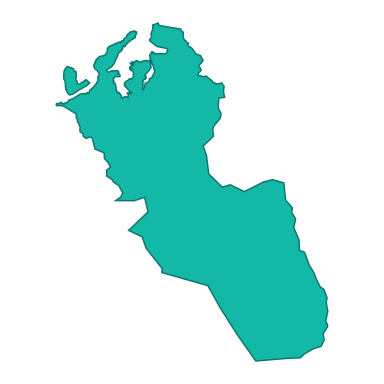 Nordreisa nor, Troms, Norway (orthographic projection)
{"feature_id": "86288312B71509568732439", "entity_name": "Nordreisa nor", "entity_type": "district", "adm_level": 2, "iso_a3": "NOR", "parent_name": "Norway", "parent_adm1": "Troms", "projection": "orthographic", "projection_center": [21.218, 69.528], "detail": "fine", "context": "isolated", "style": "filled", "palette": "teal", "viewbox_px": 384, "rotation_deg": 0, "n_neighbors": 0, "source": "geoboundaries", "source_scale": "gbopen_adm2", "svg_char_len": 5630}
<svg xmlns="http://www.w3.org/2000/svg" viewBox="0 0 384 384"><path d="M292.4,208.0L285.6,200.0L283.8,182.8L272.7,179.7L263.7,181.9L244.4,191.6L230.4,184.8L222.3,187.1L208.7,173.9L206.5,155.6L203.2,146.0L213.5,136.2L212.7,129.3L214.0,125.9L220.4,118.1L221.0,113.5L218.2,108.1L218.8,98.1L224.7,97.3L223.7,93.0L223.5,90.3L224.1,86.4L221.7,82.9L217.3,84.1L213.2,82.5L211.7,80.4L208.0,77.8L206.3,76.0L203.5,76.7L198.3,75.3L198.1,73.7L198.3,73.0L200.5,71.2L201.2,69.8L199.1,66.2L198.9,65.3L201.4,62.9L203.1,60.3L202.6,59.3L201.4,58.3L201.5,57.2L200.7,56.3L200.7,55.7L196.0,53.9L192.1,48.4L190.4,47.1L188.0,46.0L187.9,45.7L188.1,44.2L188.6,43.3L186.6,42.2L186.1,41.0L184.9,40.7L184.5,39.6L183.3,38.0L183.3,32.2L181.6,31.3L180.9,29.9L180.9,29.1L159.0,25.5L158.1,23.0L152.7,25.1L152.6,25.4L153.0,26.3L152.7,27.5L152.8,28.5L153.2,29.1L152.9,29.9L152.1,30.6L151.2,33.3L151.0,34.3L151.5,36.9L151.2,37.9L149.7,39.4L149.6,40.5L149.8,40.8L156.1,45.9L158.0,46.7L166.6,48.4L167.6,49.8L167.6,50.3L167.2,51.3L167.0,50.9L167.0,51.2L167.3,51.5L167.2,52.1L165.4,54.1L162.5,53.5L155.5,53.9L153.7,52.7L152.9,53.0L153.1,52.5L152.9,52.1L151.9,51.8L151.2,52.3L151.3,52.8L152.1,53.4L149.8,54.7L149.7,55.7L150.0,56.8L150.0,57.8L150.4,59.0L150.0,59.4L150.1,59.8L150.6,59.8L151.5,60.8L151.5,62.1L153.7,67.4L153.8,68.8L154.9,70.2L154.5,70.9L154.6,72.4L153.8,73.4L153.3,75.1L152.4,75.9L152.7,76.4L151.9,77.5L149.3,78.9L149.6,79.7L149.0,81.2L147.5,82.5L145.4,83.3L145.6,83.5L144.7,85.3L144.6,86.8L143.9,88.0L143.9,88.7L143.1,89.8L142.7,89.4L143.0,89.2L142.4,88.7L142.5,87.1L143.0,86.0L142.7,85.6L143.1,84.7L142.7,83.8L142.9,83.3L142.5,82.9L142.8,81.7L142.5,81.1L143.0,80.6L143.4,80.9L143.2,80.0L143.9,79.4L144.9,79.4L144.7,79.1L145.9,78.1L145.8,77.8L146.2,77.4L145.2,76.3L145.4,76.1L144.8,75.8L145.2,75.4L144.9,75.2L145.0,74.9L149.4,70.2L150.4,68.1L151.0,67.8L151.1,67.3L150.5,64.8L150.9,63.9L151.1,62.6L150.6,61.1L150.3,61.0L150.4,62.5L150.2,62.6L149.4,61.2L145.9,60.4L142.4,61.2L141.7,62.2L138.2,61.7L137.4,60.6L136.6,60.7L135.5,61.0L133.0,63.7L132.9,64.1L133.3,64.4L133.5,65.2L133.0,65.4L132.7,65.2L132.9,64.8L132.8,64.2L132.2,63.8L132.7,63.3L132.9,62.2L132.2,62.3L132.1,61.9L131.9,62.2L132.1,62.5L131.9,62.9L130.9,63.1L131.0,63.6L130.3,63.3L130.4,63.8L131.8,64.1L132.0,64.9L131.4,65.8L130.0,66.9L129.7,67.5L129.7,68.6L130.2,69.7L130.9,70.3L131.2,69.8L131.1,68.5L132.0,68.6L132.1,68.9L131.7,70.5L132.9,71.0L133.6,73.6L133.3,74.7L133.3,76.5L132.9,77.7L131.9,78.8L131.3,79.2L130.7,78.5L129.2,79.0L127.6,80.6L125.5,81.7L124.6,83.1L124.3,84.4L124.8,84.9L124.9,86.1L125.1,86.4L131.7,93.0L130.6,93.9L129.4,93.1L129.3,92.1L127.6,92.8L127.2,93.2L128.4,94.7L128.3,95.7L127.7,96.9L127.9,97.6L127.1,97.5L126.1,96.5L121.9,97.8L122.4,98.9L121.4,97.9L121.4,97.2L121.6,97.5L121.4,97.2L121.5,97.0L121.0,95.1L119.6,93.5L120.4,93.5L119.2,93.3L119.0,92.6L118.5,92.6L118.5,93.3L117.6,93.0L118.2,92.9L117.5,92.6L117.4,91.9L116.3,89.8L116.1,87.7L115.8,87.2L115.6,84.7L114.7,83.0L113.5,82.9L113.4,82.4L113.9,81.2L113.4,80.1L113.5,79.1L114.4,77.4L116.1,76.5L119.4,76.7L120.0,76.2L120.1,75.5L119.8,75.2L119.7,74.4L119.2,74.2L119.0,73.5L117.7,73.5L118.5,72.7L118.6,71.5L117.4,70.5L113.6,71.0L111.9,70.7L108.7,72.1L107.7,72.0L106.4,70.5L106.4,70.1L111.6,66.8L114.1,63.6L115.9,59.3L117.4,56.6L118.0,54.5L118.9,52.6L121.0,51.2L122.0,49.3L122.6,49.3L122.7,49.0L122.3,48.1L122.5,47.2L123.4,46.5L123.1,46.2L124.3,45.9L124.8,46.7L125.8,45.1L126.1,44.0L127.4,43.6L128.6,41.6L130.2,41.0L131.5,39.5L132.5,39.5L133.8,38.3L135.2,37.8L135.0,37.3L135.3,36.1L135.3,35.3L135.7,35.2L136.6,33.3L136.5,32.5L136.1,32.3L136.2,32.0L135.6,32.2L135.0,31.1L133.5,31.5L133.3,31.0L132.5,31.8L130.4,31.9L130.3,32.4L129.4,32.6L129.0,34.0L128.2,33.9L127.4,34.6L126.9,35.3L126.6,36.8L125.4,37.9L124.8,37.9L124.1,38.8L123.7,39.6L123.7,40.3L123.3,41.1L122.0,40.7L121.1,41.5L121.3,42.3L121.0,42.5L119.3,42.0L118.9,42.5L116.2,43.2L109.4,46.4L107.3,48.4L107.4,49.3L107.0,52.4L105.2,54.8L103.2,55.8L100.0,56.4L98.6,57.3L96.1,59.7L93.9,65.0L93.9,66.8L95.2,69.1L97.3,70.4L97.7,71.5L99.1,73.5L99.0,75.2L97.8,77.1L97.8,78.9L98.1,79.5L98.0,80.4L95.9,84.2L91.5,89.0L89.9,90.0L88.9,92.9L88.5,93.3L87.3,92.7L86.6,93.0L86.6,93.6L86.2,93.5L86.1,94.2L85.9,93.5L85.1,94.0L83.2,93.5L80.0,94.2L73.1,98.6L68.8,100.1L68.6,100.6L68.6,101.2L67.2,102.1L66.7,102.9L64.7,103.1L64.5,103.6L63.6,103.9L62.5,103.8L61.3,103.1L61.2,102.8L61.7,102.8L60.9,102.3L59.2,103.4L56.5,103.6L56.2,104.4L56.6,105.6L61.7,105.7L63.9,106.4L75.7,113.6L76.5,114.8L76.3,115.5L76.2,117.1L77.6,120.3L77.4,121.3L77.4,122.0L78.9,123.4L79.4,125.8L80.2,127.3L80.3,128.2L80.0,128.8L79.9,130.4L80.1,131.8L83.0,133.7L83.2,136.3L86.3,138.5L89.0,137.3L91.6,137.5L92.4,138.6L95.0,149.1L104.2,152.9L104.4,158.4L107.6,162.0L110.7,167.0L106.6,170.2L106.6,176.0L111.8,179.4L113.6,182.2L118.8,185.5L122.7,193.0L120.8,197.0L115.7,200.6L134.2,200.7L144.6,197.3L148.0,211.9L128.6,230.4L142.2,236.9L146.1,248.2L162.0,268.4L161.9,272.6L207.8,285.6L220.7,308.6L237.2,334.6L255.8,361.0L286.7,358.4L300.3,357.8L304.5,353.9L312.7,349.1L321.3,346.1L324.1,340.0L323.2,333.7L327.6,326.7L327.5,325.0L325.8,320.8L327.8,311.4L326.4,303.2L326.6,299.9L327.1,298.1L324.1,289.7L322.1,288.0L320.6,287.7L316.7,279.9L313.9,272.7L309.2,265.0L304.5,252.2L299.5,250.4L299.0,239.9L293.8,227.7L295.6,218.9L291.7,212.4L292.4,208.0ZM89.8,82.9L86.1,79.7L79.4,84.2L78.3,84.1L77.5,83.4L77.0,81.2L75.8,80.1L75.6,79.1L76.4,76.9L76.1,75.5L76.3,73.2L75.8,71.4L73.9,70.9L73.6,70.3L73.5,68.7L67.4,66.5L65.5,68.3L64.0,71.7L63.7,76.4L63.8,78.6L65.2,81.5L65.1,82.6L65.5,84.3L65.4,86.1L65.6,88.3L66.2,90.3L68.0,93.6L69.6,95.0L73.5,93.8L78.9,90.0L86.5,85.8L89.8,82.9Z" fill="#14b8a6" stroke="#0f766e" stroke-width="1.5"/></svg>